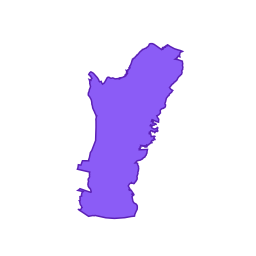 outline of Murgasi, Dolj, Romania, rotated 44°
{"feature_id": "2599482B65380015687406", "entity_name": "Murgasi", "entity_type": "district", "adm_level": 2, "iso_a3": "ROU", "parent_name": "Romania", "parent_adm1": "Dolj", "projection": "equal_earth", "projection_center": [23.828, 44.555], "detail": "fine", "context": "isolated", "style": "filled", "palette": "violet", "viewbox_px": 256, "rotation_deg": 44, "n_neighbors": 0, "source": "geoboundaries", "source_scale": "gbopen_adm2", "svg_char_len": 5724}
<svg xmlns="http://www.w3.org/2000/svg" viewBox="0 0 256 256"><g transform="rotate(44 128 128)"><path d="M149.0,220.9L150.0,221.0L152.1,220.5L161.0,218.9L163.4,215.5L164.7,214.5L165.0,213.8L174.4,208.0L181.0,202.5L188.0,194.7L191.8,189.4L193.9,186.9L192.9,185.4L191.9,182.8L191.1,180.2L190.1,178.9L188.8,177.6L187.7,177.2L186.3,177.1L184.8,177.7L182.6,177.4L178.6,174.6L178.5,173.1L176.7,172.9L176.8,172.5L177.9,172.6L178.1,172.4L178.6,172.5L178.7,172.1L178.4,171.7L173.5,170.6L173.1,171.2L172.6,171.1L172.2,171.8L171.4,171.4L171.9,170.6L168.4,169.5L167.9,167.1L168.1,166.0L168.4,165.6L168.6,165.5L168.5,165.3L168.5,165.1L168.8,165.3L169.9,164.4L170.6,164.2L170.8,163.9L170.5,163.8L171.0,163.3L170.7,162.3L170.8,161.3L170.6,161.0L170.6,160.2L170.3,159.6L170.3,158.9L169.3,157.5L168.1,156.7L166.8,153.8L165.7,153.0L165.2,151.5L164.6,151.1L164.1,150.0L162.6,148.8L162.2,148.3L160.3,147.7L159.5,146.8L158.3,147.2L157.4,148.1L157.4,145.1L159.3,142.3L159.4,141.4L159.8,140.7L159.7,140.4L159.9,139.6L159.7,138.8L160.3,137.3L159.9,136.0L159.9,135.0L159.1,133.4L159.0,132.7L158.4,132.3L156.9,129.9L151.2,135.9L150.4,135.1L150.9,134.2L149.9,133.4L150.5,132.6L150.3,132.3L149.2,131.7L150.7,130.5L151.3,130.8L151.9,130.2L151.7,130.1L151.7,129.8L152.4,129.2L153.4,129.9L154.7,128.5L154.4,127.9L153.2,127.9L153.1,127.3L153.8,127.2L154.2,126.7L154.2,125.9L154.5,125.7L154.4,124.5L154.7,124.0L154.6,123.1L155.5,122.0L155.4,121.8L154.3,121.9L153.9,121.0L154.1,120.7L153.9,119.9L154.6,119.7L154.6,119.3L154.9,118.8L154.8,117.7L155.1,117.5L154.3,117.2L153.7,117.5L153.1,116.2L153.1,115.4L152.6,115.6L150.7,118.0L148.3,116.4L147.7,117.2L147.2,117.4L146.3,116.1L147.0,115.5L146.7,114.8L146.3,114.2L147.2,113.3L148.3,113.5L148.7,113.2L149.0,112.5L150.5,112.7L150.2,110.8L151.4,110.3L151.5,109.4L150.9,109.4L150.5,109.1L150.2,108.8L149.3,107.2L148.9,107.1L148.7,107.2L148.8,107.6L148.7,108.6L148.4,109.2L147.8,110.2L147.1,110.7L145.1,111.3L144.5,111.1L144.2,110.5L143.0,110.7L142.5,110.5L142.3,110.7L142.1,110.1L143.0,109.7L143.3,109.2L144.0,109.1L144.4,108.2L144.9,107.5L144.9,106.5L145.6,105.9L145.1,105.7L144.2,105.9L142.3,107.2L141.6,105.8L140.6,106.3L140.7,106.5L140.3,107.0L139.5,105.5L139.5,105.2L140.3,104.8L142.5,104.2L143.2,103.7L143.6,103.8L145.9,102.6L144.0,100.3L143.2,100.2L141.8,99.9L140.3,99.2L140.6,98.9L140.6,98.2L140.9,97.6L141.0,96.9L140.8,95.2L140.9,94.7L138.9,92.9L138.8,91.3L139.0,90.4L139.5,89.8L139.5,89.5L139.8,89.2L139.8,88.6L140.2,87.9L140.1,87.4L140.1,86.8L140.0,86.7L139.0,85.3L137.9,85.1L137.4,84.5L136.8,83.1L134.9,79.9L134.6,76.8L134.9,76.1L134.2,74.9L134.5,71.8L134.1,70.6L134.1,69.9L131.6,70.4L129.7,70.0L129.6,67.7L129.5,67.2L129.3,66.9L129.5,66.7L129.3,66.1L129.5,65.4L129.4,65.2L129.6,64.9L129.6,64.5L129.7,63.9L129.4,63.1L129.8,62.0L129.7,61.8L129.8,61.6L129.7,61.3L129.9,60.6L129.9,59.7L129.1,57.3L129.0,56.4L128.9,55.1L129.1,54.6L129.0,53.2L129.2,52.3L128.7,51.2L128.1,50.3L127.1,49.7L126.7,49.2L126.7,48.4L126.5,47.7L126.0,47.3L125.3,46.2L123.6,45.1L122.8,43.8L121.2,42.7L120.7,42.2L116.3,44.2L114.1,45.7L114.6,43.5L114.3,43.5L114.3,42.7L114.1,41.6L115.9,40.8L115.4,40.4L114.3,40.2L114.2,39.9L114.4,39.7L114.3,39.4L113.2,37.8L113.1,37.1L113.5,36.1L113.8,35.7L114.0,35.0L111.8,35.9L110.2,36.8L106.4,38.7L101.5,40.1L98.7,40.6L98.6,40.8L98.7,41.1L99.2,41.3L99.0,41.8L98.4,41.8L98.2,42.2L98.4,43.1L98.1,43.4L98.0,43.9L98.6,44.1L98.2,44.5L98.2,44.9L97.7,45.0L97.4,45.6L97.4,45.8L98.0,45.7L97.9,46.1L97.6,46.2L98.3,46.7L98.2,46.9L97.7,46.8L98.2,47.4L98.1,47.5L97.4,47.5L97.6,48.3L89.8,49.5L88.6,49.7L88.1,50.1L87.3,50.1L85.9,51.3L85.3,52.1L85.1,52.8L85.7,54.5L85.8,55.1L85.8,55.7L85.5,57.0L85.6,57.7L85.4,58.0L84.6,59.9L84.5,60.7L83.8,61.5L84.0,62.0L83.7,64.9L84.0,68.3L83.9,68.8L84.0,69.1L83.7,69.3L83.9,70.2L83.8,71.8L84.1,72.7L84.0,73.1L83.5,74.2L83.5,74.5L83.8,75.1L83.6,75.3L83.9,75.5L83.7,75.9L84.2,77.0L85.4,79.2L86.2,81.3L86.3,82.4L86.8,82.9L87.1,83.0L86.9,83.7L87.6,83.7L87.5,84.7L87.8,85.1L87.5,86.2L87.7,86.4L87.4,86.9L87.5,87.1L87.9,87.1L88.1,87.3L87.4,87.6L87.6,87.9L87.2,88.0L87.9,88.3L88.2,88.6L88.5,88.4L89.1,88.8L89.0,89.0L89.6,88.9L89.7,89.3L89.1,89.7L89.2,90.0L89.7,90.0L89.8,90.3L89.2,90.7L89.8,91.4L89.4,91.6L89.8,91.9L89.7,92.0L90.0,92.2L89.9,92.4L89.5,92.5L89.9,93.4L89.5,93.6L89.1,95.0L88.8,95.7L88.4,96.1L88.3,96.7L87.5,97.2L87.4,97.5L87.0,98.0L87.5,98.3L87.9,98.3L87.9,98.5L86.3,99.6L84.7,101.5L84.2,101.8L82.3,102.5L81.2,104.2L79.1,104.7L78.3,105.4L78.1,106.3L79.2,110.3L79.6,112.4L79.2,114.1L77.7,113.8L76.3,113.1L75.6,114.4L74.6,114.3L73.4,113.7L71.0,113.1L65.5,112.7L64.3,112.8L62.3,113.4L62.1,114.7L62.3,115.9L62.7,116.9L64.7,116.5L65.1,117.1L66.3,116.9L66.6,117.2L67.5,117.3L67.6,118.0L67.5,119.0L68.2,119.5L67.9,119.7L67.2,119.8L66.4,120.1L67.1,120.4L68.7,121.5L69.5,122.5L72.1,124.1L72.7,125.0L73.6,127.3L74.7,128.9L74.9,129.9L75.8,131.2L76.7,132.0L78.7,132.2L81.9,133.2L84.0,134.6L85.5,136.0L87.0,136.8L88.7,138.1L91.6,139.3L92.3,139.4L93.3,140.0L95.8,140.9L97.2,141.8L97.3,141.5L98.8,144.0L100.3,145.4L104.4,149.6L113.4,159.5L117.6,169.4L118.0,171.8L120.8,176.1L121.7,178.1L122.5,178.9L118.0,183.2L119.9,187.4L117.8,188.9L119.5,191.2L120.2,192.8L131.1,186.3L131.6,187.3L132.7,188.2L133.4,189.1L134.1,189.6L134.5,190.2L134.8,192.3L135.4,193.0L136.7,193.8L137.3,195.0L138.1,195.9L138.1,196.2L140.0,197.6L141.8,198.0L142.1,198.0L142.0,197.8L143.2,197.9L143.3,198.1L144.6,198.6L145.0,199.0L145.5,199.1L146.0,199.9L145.8,200.2L141.3,202.4L135.6,205.0L135.6,206.4L135.3,207.7L139.9,204.9L139.8,206.1L140.0,206.8L140.9,208.3L141.9,209.1L141.1,210.7L143.9,213.4L144.0,213.7L143.6,214.1L144.0,214.2L146.9,216.2L148.9,216.5L149.7,217.2L150.2,217.2L150.1,217.8L150.5,218.8L150.6,219.8L150.4,220.1L149.1,220.7L149.0,220.9Z" fill="#8b5cf6" stroke="#5b21b6" stroke-width="1.5"/></g></svg>